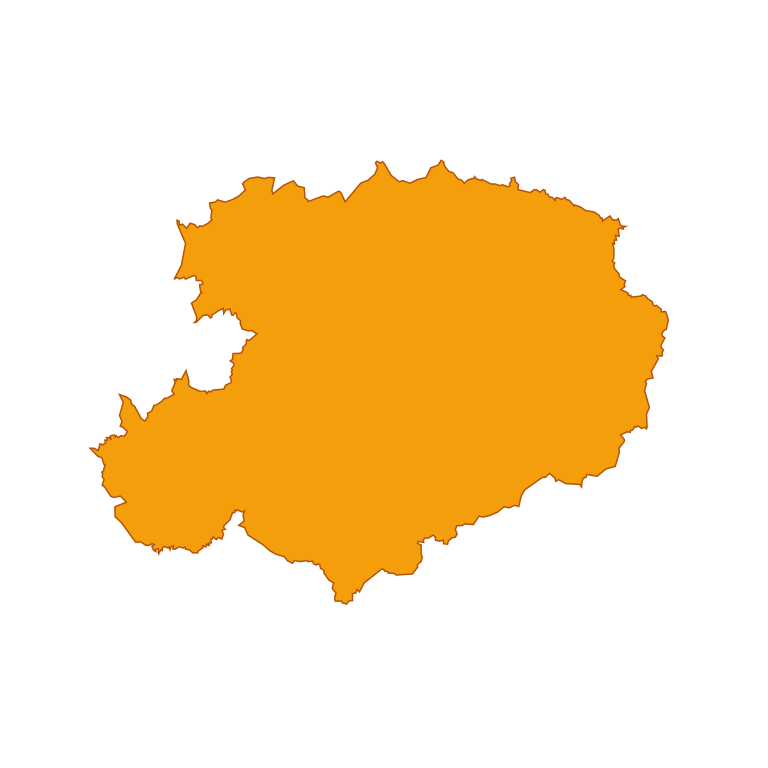 outline of Talpa de Allende, Jalisco, Mexico, rotated 295°
{"feature_id": "50627088B38864018180233", "entity_name": "Talpa de Allende", "entity_type": "district", "adm_level": 2, "iso_a3": "MEX", "parent_name": "Mexico", "parent_adm1": "Jalisco", "projection": "albers", "projection_center": [-105.005, 20.299], "detail": "fine", "context": "isolated", "style": "filled", "palette": "amber", "viewbox_px": 768, "rotation_deg": 295, "n_neighbors": 0, "source": "geoboundaries", "source_scale": "gbopen_adm2", "svg_char_len": 6171}
<svg xmlns="http://www.w3.org/2000/svg" viewBox="0 0 768 768"><g transform="rotate(295 384 384)"><path d="M626.6,414.9L623.9,412.0L622.5,413.7L618.5,413.1L616.5,414.4L615.1,412.9L614.7,407.4L612.7,404.9L612.3,400.3L610.5,396.6L610.8,386.1L609.4,386.0L609.0,380.8L610.3,378.6L608.4,378.5L604.7,374.0L599.8,371.9L601.5,368.6L601.1,364.3L604.6,357.3L604.1,352.8L607.2,346.7L610.5,344.1L610.8,341.2L605.2,340.5L599.6,335.0L589.0,334.9L583.3,327.7L576.9,322.7L576.3,315.2L573.7,312.2L576.1,302.3L584.3,290.5L584.8,288.8L582.7,287.0L582.9,283.4L580.8,282.8L577.3,286.8L570.2,287.0L561.7,283.3L556.2,278.0L532.7,271.8L538.7,264.8L539.8,262.5L539.1,261.0L529.7,254.3L528.8,249.5L517.3,238.1L518.7,237.0L519.2,233.8L528.2,228.7L526.9,222.1L529.9,216.0L521.6,209.0L509.3,202.9L512.0,200.6L524.6,197.7L522.5,192.1L519.7,188.9L518.2,182.0L513.5,175.2L508.8,172.2L505.7,171.2L501.2,176.4L493.3,173.2L487.3,168.9L481.7,163.3L480.6,155.4L477.6,154.2L474.4,149.4L469.8,152.4L468.9,154.5L461.4,156.9L460.0,158.6L454.9,156.4L450.2,152.8L449.3,149.8L447.6,149.7L446.8,148.1L448.5,145.4L447.8,140.3L441.7,139.2L443.7,133.8L441.7,131.8L445.2,129.1L445.0,127.2L441.6,129.1L427.5,144.8L405.8,150.2L390.2,149.6L392.9,151.1L392.8,154.2L396.3,157.7L395.1,159.7L402.2,166.0L401.7,168.3L398.5,170.2L400.6,174.5L399.5,176.6L398.1,177.5L396.1,174.9L390.5,178.5L389.6,180.4L388.8,179.4L381.2,178.5L375.9,175.3L365.7,185.8L362.4,187.3L359.7,186.2L360.5,187.7L369.4,190.9L372.1,194.7L370.5,198.9L371.5,199.7L373.7,198.8L382.0,204.1L384.5,206.3L380.2,209.0L384.0,209.2L386.7,212.5L382.1,217.0L382.4,218.3L385.7,218.9L385.7,220.2L381.7,223.2L380.7,227.3L378.4,227.9L373.9,232.2L374.9,239.1L376.5,240.9L375.8,247.7L366.7,243.6L366.2,240.7L362.1,242.2L357.3,240.5L355.7,241.8L351.5,241.5L347.8,234.3L342.3,236.3L339.9,234.9L339.4,239.2L337.0,240.2L333.4,239.2L332.5,240.8L330.8,240.3L328.5,242.5L325.5,241.4L322.1,244.6L320.2,244.6L316.0,240.9L311.8,241.1L306.1,231.4L303.5,230.1L303.4,228.1L300.3,227.4L302.3,225.3L299.7,220.7L299.4,213.9L299.5,209.5L301.1,206.9L303.8,206.2L312.5,198.9L302.6,198.5L301.1,193.5L299.5,194.3L299.4,191.9L296.7,194.2L288.2,194.5L286.1,198.1L278.9,192.9L278.4,191.1L273.9,189.7L267.9,185.9L267.7,184.6L261.2,184.8L257.5,181.9L254.6,183.8L249.3,182.9L250.1,178.6L258.5,167.2L258.8,164.3L262.5,161.0L263.4,155.9L262.7,148.7L257.1,155.5L243.6,157.6L239.4,162.4L234.2,162.8L234.5,165.5L232.6,171.1L229.9,171.5L226.6,170.4L226.1,167.5L223.2,166.0L224.0,163.1L222.3,162.8L223.8,161.2L222.1,158.6L220.4,157.9L218.1,160.5L219.1,157.6L218.3,155.1L215.9,156.9L215.1,154.7L212.9,156.6L210.1,154.8L209.8,151.9L203.0,153.1L203.2,148.2L201.5,144.8L197.7,154.9L197.8,159.6L192.8,164.1L193.0,165.2L186.9,166.4L184.8,165.5L183.8,167.1L181.2,167.5L179.3,170.6L173.2,171.3L172.7,174.1L166.7,183.9L167.0,187.0L171.0,192.5L168.1,200.4L158.9,192.0L150.1,196.4L147.5,204.4L135.6,225.9L138.1,229.9L137.2,236.3L138.5,239.3L141.4,241.4L141.3,243.7L138.8,242.2L135.9,245.5L135.9,248.2L137.0,246.6L139.4,248.9L135.1,251.6L139.2,251.8L139.4,253.5L141.7,252.5L143.9,253.5L144.1,257.7L145.6,258.2L143.5,260.1L145.9,259.8L148.5,261.6L145.2,262.4L146.3,264.8L149.8,266.9L150.5,271.2L152.0,272.7L150.5,273.9L151.4,278.3L150.1,281.9L152.3,286.6L153.9,286.2L159.1,289.1L160.8,288.2L161.0,291.4L164.2,290.9L163.3,293.1L164.2,293.9L165.9,292.5L167.1,294.8L170.2,292.5L171.2,294.1L173.2,293.8L172.1,297.8L174.9,298.8L174.9,302.5L179.7,302.1L183.0,299.0L185.3,301.5L186.2,299.3L187.9,298.9L196.1,301.8L203.5,301.0L204.3,303.1L206.6,302.3L206.7,304.0L207.9,304.0L208.0,309.5L210.0,311.3L205.8,311.6L200.6,315.1L194.5,312.0L195.0,318.4L189.6,324.6L187.2,342.2L184.6,351.2L184.1,358.2L185.4,366.6L183.0,371.1L182.9,376.9L186.3,377.7L187.6,383.1L191.5,388.9L190.9,390.1L193.2,394.1L191.2,396.3L191.3,399.2L192.9,400.0L193.1,402.3L190.1,404.3L189.9,407.9L187.1,409.7L183.0,416.9L182.4,422.4L176.8,423.5L174.0,429.0L170.4,429.2L166.6,431.6L169.3,437.1L168.1,438.8L168.7,443.1L172.8,444.1L174.4,447.0L180.7,444.0L182.7,446.8L186.3,446.5L185.2,449.6L195.4,450.1L215.1,460.0L215.9,461.6L214.7,464.0L215.7,466.3L214.4,467.5L216.7,473.5L216.0,475.8L223.9,490.1L232.3,491.9L234.3,490.7L239.2,492.7L243.5,491.8L245.2,489.7L253.7,485.8L253.7,481.7L255.8,481.6L257.2,486.9L259.0,485.6L261.6,486.1L263.2,489.4L268.0,492.6L266.7,495.4L264.1,496.7L265.1,501.0L267.6,503.5L264.4,505.6L265.7,509.3L268.9,508.6L273.4,510.7L275.2,513.3L278.6,513.8L282.4,510.2L286.2,509.8L288.8,514.7L291.3,516.4L294.5,524.5L304.3,525.9L305.4,530.3L309.7,535.6L315.8,541.0L323.5,544.8L324.8,549.9L329.4,553.8L329.9,557.9L340.9,555.6L347.6,556.3L366.4,567.0L367.7,569.8L373.0,571.7L370.8,578.9L368.3,580.7L371.1,582.7L370.6,591.0L375.7,603.8L374.2,606.5L379.8,604.5L382.9,604.5L384.7,606.5L387.7,606.0L390.4,616.1L401.0,621.2L407.0,628.4L421.4,626.2L425.0,624.1L433.7,626.1L435.4,625.1L438.0,619.9L443.4,624.5L444.4,627.6L446.4,627.2L447.7,628.9L451.6,629.3L451.4,630.7L453.4,632.2L452.6,635.9L455.1,639.1L454.2,640.8L456.2,640.6L467.7,634.6L474.8,634.5L488.4,622.8L495.4,621.7L496.4,619.8L499.7,620.6L503.2,625.2L508.4,621.0L522.9,622.0L524.7,619.3L526.8,624.1L528.0,624.1L530.0,622.6L533.0,622.9L534.2,619.9L536.4,618.6L544.5,619.1L545.1,615.8L547.6,614.5L551.9,615.4L552.7,616.8L561.9,614.7L564.8,612.4L568.7,608.5L566.6,605.1L568.9,603.5L570.4,597.7L569.2,596.6L569.4,594.4L572.0,592.4L572.8,586.7L574.5,583.7L573.9,580.1L572.2,579.6L567.1,571.1L568.6,570.3L567.8,567.5L569.7,566.5L569.6,558.7L574.1,561.2L575.8,559.6L579.5,559.3L580.5,552.4L583.2,550.3L586.0,544.1L589.0,541.8L591.1,542.0L591.7,538.9L594.8,539.2L603.7,535.3L607.9,531.8L608.1,533.7L611.7,531.8L612.7,534.0L616.6,530.9L617.2,534.7L623.6,530.7L625.2,532.6L625.5,535.4L626.6,534.5L628.9,536.3L627.6,533.0L628.3,530.6L632.9,526.5L630.6,525.3L629.5,521.4L631.8,517.8L624.0,513.1L626.5,511.8L625.9,510.3L627.7,507.9L628.7,501.6L626.4,493.7L627.4,488.0L626.9,481.3L625.8,481.2L628.7,474.4L628.3,471.1L629.7,469.2L626.5,467.1L626.0,461.9L625.0,460.9L622.8,461.6L624.2,457.7L623.5,454.5L625.2,452.4L624.6,450.3L627.5,448.2L627.7,446.4L623.6,444.2L624.5,440.2L623.6,438.0L619.2,435.5L616.8,423.2L621.4,421.7L623.0,417.6L626.6,414.9Z" fill="#f59e0b" stroke="#b45309" stroke-width="1.5"/></g></svg>